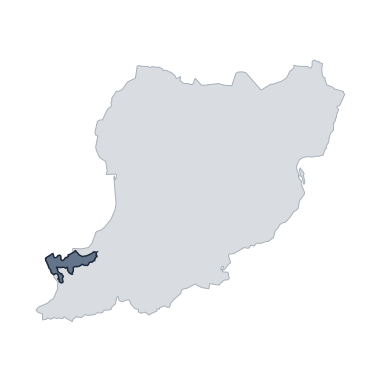 Iran, with Ardebil highlighted, rotated 279°
{"feature_id": "IRN-3230", "entity_name": "Ardebil", "entity_type": "Province", "adm_level": 1, "iso_a3": "IRN", "parent_name": "Iran", "parent_adm1": "", "projection": "mercator", "projection_center": [47.857, 38.431], "detail": "fine", "context": "in_parent", "style": "filled", "palette": "slate", "viewbox_px": 384, "rotation_deg": 279, "n_neighbors": 0, "source": "natural_earth", "source_scale": "10m", "svg_char_len": 6026}
<svg xmlns="http://www.w3.org/2000/svg" viewBox="0 0 384 384"><g transform="rotate(279 192 192)"><path d="M195.9,104.6L200.2,104.8L208.1,102.2L208.8,101.5L211.2,96.1L213.9,93.7L218.6,90.8L221.7,89.8L232.5,90.2L233.3,88.0L235.1,86.8L246.8,87.5L248.5,89.2L249.3,92.3L259.0,95.1L261.0,96.0L263.3,98.3L265.3,98.9L267.8,97.9L269.4,98.6L271.9,98.0L279.5,101.4L280.5,104.8L281.9,106.4L283.5,107.8L289.5,110.5L291.3,112.0L295.6,118.3L307.7,118.2L308.5,119.6L308.3,122.3L309.1,128.7L308.2,131.1L309.7,133.2L309.5,137.1L310.2,139.9L308.8,143.8L307.4,144.5L308.2,147.9L306.9,151.2L307.1,152.4L305.2,155.2L305.1,156.2L301.6,158.8L304.1,162.5L300.3,162.8L297.9,166.7L298.5,171.5L297.9,173.9L298.2,175.3L299.2,176.2L304.4,177.1L304.5,177.7L299.0,184.6L299.3,187.2L303.2,201.0L302.5,207.8L303.1,214.7L316.1,216.8L317.6,218.6L318.5,222.4L318.4,225.3L318.0,226.8L303.4,244.3L310.8,252.9L311.1,254.9L315.5,263.3L319.6,267.6L326.8,269.9L330.1,273.1L333.1,272.9L332.8,277.2L334.0,286.0L333.0,290.1L335.6,290.9L339.5,290.3L340.8,291.1L341.6,292.5L340.6,293.4L340.8,296.8L339.8,297.5L339.3,300.8L333.6,300.9L328.2,302.3L326.2,303.6L325.1,305.9L323.3,305.7L322.7,306.6L318.9,308.2L317.5,314.8L316.1,316.3L315.0,325.8L314.1,325.9L312.2,327.5L300.6,324.4L299.4,322.2L298.2,321.8L296.5,323.9L290.7,322.7L288.7,323.0L287.5,322.4L284.4,322.3L281.9,321.0L275.5,322.1L271.7,319.7L267.5,319.1L262.4,319.1L258.3,317.4L256.1,318.0L255.1,316.8L249.0,315.7L247.0,311.4L246.9,309.3L245.4,305.6L244.9,300.3L243.5,296.4L240.9,293.1L233.8,291.2L230.1,292.2L227.3,294.1L222.8,295.1L219.3,298.7L217.3,298.4L209.0,303.3L207.2,303.2L201.0,300.0L198.3,299.4L192.6,299.5L189.6,297.3L188.8,295.7L181.4,292.2L176.9,289.1L175.5,286.1L173.6,283.9L169.2,282.2L166.7,280.3L159.8,279.6L155.0,274.9L154.9,273.4L152.1,268.2L151.6,264.4L151.0,263.4L148.6,261.9L148.2,260.8L148.7,258.5L145.6,257.0L145.2,255.8L145.2,252.1L137.8,243.1L136.3,238.2L134.9,238.0L128.2,241.2L126.3,239.4L120.5,236.2L119.7,235.0L121.1,234.4L122.6,235.0L123.5,234.3L123.1,233.3L121.6,232.6L119.7,232.6L120.2,233.6L118.3,234.6L117.9,235.9L118.4,239.6L117.6,240.6L114.5,241.2L112.6,242.4L110.8,241.1L110.3,238.4L109.2,236.6L107.6,236.0L106.4,234.2L104.3,233.4L104.3,223.9L99.1,223.7L99.1,216.5L101.5,209.3L96.5,202.8L94.3,197.8L93.0,196.8L90.5,197.0L81.9,190.2L78.9,188.4L74.8,187.9L74.3,185.5L75.3,182.9L73.4,179.4L72.8,178.4L71.1,178.0L71.2,175.8L69.0,175.9L64.9,169.9L63.7,169.1L66.0,164.5L64.3,160.7L65.3,157.6L67.4,157.7L68.1,153.5L71.8,149.1L75.1,147.3L75.5,146.0L74.8,143.6L72.7,140.6L73.0,138.1L73.6,136.9L77.1,135.5L77.3,135.0L75.7,134.1L69.6,134.0L66.3,131.1L63.2,130.3L61.3,123.8L60.8,123.0L59.3,122.8L58.4,121.6L57.9,117.2L55.7,115.2L53.9,108.7L53.8,107.1L54.4,105.7L50.9,102.8L50.5,98.5L51.2,97.5L47.3,94.3L45.5,94.1L45.3,93.6L47.9,86.7L49.0,85.2L46.7,84.1L46.7,80.7L46.0,77.9L46.3,75.2L44.7,73.2L44.3,72.0L44.8,69.0L43.3,67.6L42.4,64.4L48.1,63.5L49.1,58.6L51.1,56.5L54.7,58.9L59.7,66.8L62.8,69.1L65.0,71.8L75.7,74.5L78.0,73.7L81.7,73.8L86.3,69.0L88.4,68.3L93.8,63.4L100.6,58.9L104.0,58.2L109.1,63.9L106.2,65.7L105.7,67.1L106.1,68.5L108.4,70.0L108.6,71.6L107.9,72.4L104.9,73.2L104.1,74.8L107.3,77.4L108.8,79.6L110.6,80.2L113.3,83.6L117.6,83.2L118.5,91.5L120.9,98.3L125.4,101.2L137.2,103.4L138.5,104.7L140.4,108.4L143.4,111.1L152.5,116.3L162.5,118.8L169.1,118.7L193.6,112.7L195.9,112.7L192.2,114.2L193.6,114.8L196.7,114.8L197.5,114.2L197.6,113.2L195.9,104.6ZM231.2,296.1L229.7,298.2L227.5,299.9L225.9,299.4L219.3,302.0L217.6,301.8L217.3,301.0L224.6,298.0L224.9,297.2L224.5,295.6L226.8,296.3L229.4,295.0L231.6,294.7L232.6,295.5L231.2,296.1Z" fill="#d9dde1" stroke="#a8b0b8" stroke-width="1"/><path d="M103.4,57.7L103.7,57.8L104.0,58.0L104.9,58.9L107.5,62.0L108.6,63.0L109.0,63.6L109.4,64.3L109.2,64.4L108.8,64.5L108.0,65.1L107.0,65.3L106.5,65.5L106.0,66.0L105.8,66.5L105.7,67.2L105.9,67.8L106.3,68.3L107.2,69.2L108.1,69.5L108.3,69.8L108.8,70.8L108.9,71.0L108.9,71.3L108.8,71.6L108.7,71.8L108.5,72.1L107.9,72.5L105.0,73.0L104.9,73.4L104.1,73.9L104.0,74.1L104.0,74.9L104.3,75.5L105.3,76.3L107.4,77.3L107.6,77.5L107.7,77.9L107.6,78.3L107.6,78.7L108.4,79.3L108.6,79.6L108.9,79.9L109.4,79.9L110.2,79.5L110.5,79.5L110.7,80.0L110.8,80.5L111.0,80.8L111.3,81.0L111.5,81.4L111.8,81.7L112.0,82.0L112.4,82.5L112.6,82.7L113.0,83.5L113.5,83.9L113.7,84.2L114.2,84.6L114.5,85.0L114.6,85.4L115.0,85.5L115.6,85.7L115.8,85.9L115.7,86.3L112.2,90.5L111.8,91.2L111.7,92.3L111.2,93.0L111.2,94.1L112.6,98.1L115.2,102.1L116.0,103.0L117.0,103.8L117.6,104.5L117.6,105.0L117.5,105.9L117.6,106.9L117.8,107.4L116.8,106.8L116.2,107.0L115.6,107.4L115.0,107.3L114.6,107.1L114.3,107.2L114.1,107.5L114.1,107.9L113.9,108.2L113.4,108.3L112.3,107.1L111.6,106.8L111.2,107.0L111.0,106.9L110.7,106.8L110.4,106.3L110.2,106.2L109.6,106.3L109.4,106.3L109.3,106.5L109.1,106.5L109.2,106.2L109.3,106.1L108.6,105.5L108.2,105.2L107.3,104.6L106.9,103.6L106.7,102.2L106.3,101.8L105.2,101.2L104.8,101.2L104.7,101.2L103.2,100.3L102.8,98.1L102.9,96.4L103.3,95.6L103.4,95.1L103.2,94.7L102.2,93.7L101.0,92.1L100.2,90.1L100.1,88.6L99.6,87.1L98.6,86.6L95.1,87.1L94.6,87.0L94.4,86.8L93.9,86.4L92.9,86.5L92.2,86.8L92.0,86.2L92.1,85.2L92.4,84.4L92.8,83.9L93.3,83.0L94.5,82.1L95.2,81.4L96.2,81.1L97.3,81.2L98.1,80.7L97.8,79.8L97.0,79.3L97.0,78.7L97.5,78.0L97.7,76.6L96.8,74.4L96.8,72.9L96.5,72.5L96.7,70.3L96.1,70.0L95.1,70.9L94.1,71.6L93.5,71.5L92.3,72.3L90.5,75.4L90.7,75.7L90.9,75.8L90.8,76.1L89.8,76.8L89.2,77.6L88.5,78.1L86.2,77.5L85.2,77.8L84.1,78.3L83.1,78.7L82.3,78.3L81.8,77.2L82.1,76.0L82.7,75.1L83.1,74.9L83.3,74.6L83.9,74.5L84.7,74.7L84.9,74.6L85.0,74.0L85.0,73.4L85.1,73.1L85.4,73.1L86.1,73.7L86.8,73.6L87.4,73.2L88.4,73.1L89.7,72.1L90.0,71.7L90.1,71.3L90.2,70.9L89.9,69.7L89.7,69.3L89.2,69.1L89.0,68.8L89.0,68.6L88.9,68.6L88.8,68.2L89.1,67.9L89.4,67.0L90.0,66.1L90.0,65.9L90.9,65.3L92.5,64.7L93.1,64.3L93.6,63.8L94.4,62.8L94.9,62.4L95.6,62.0L96.6,61.6L97.0,61.6L98.0,60.6L98.3,60.5L100.2,59.4L100.8,58.7L101.1,58.5L101.4,58.3L101.7,58.2L102.9,58.2L103.1,58.2L103.3,58.0L103.4,57.7Z" fill="#64748b" stroke="#1e293b" stroke-width="1.5"/></g></svg>